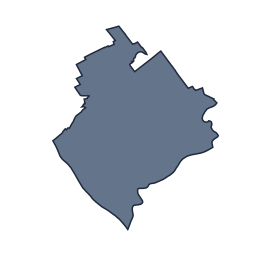 outline of Vadeni, Braila, Romania, rotated 127°
{"feature_id": "2599482B78618154614063", "entity_name": "Vadeni", "entity_type": "district", "adm_level": 2, "iso_a3": "ROU", "parent_name": "Romania", "parent_adm1": "Braila", "projection": "orthographic", "projection_center": [27.924, 45.353], "detail": "fine", "context": "isolated", "style": "filled", "palette": "slate", "viewbox_px": 256, "rotation_deg": 127, "n_neighbors": 0, "source": "geoboundaries", "source_scale": "gbopen_adm2", "svg_char_len": 4808}
<svg xmlns="http://www.w3.org/2000/svg" viewBox="0 0 256 256"><g transform="rotate(127 128 128)"><path d="M108.4,207.4L111.1,201.7L113.8,196.0L119.5,198.9L122.0,192.3L127.4,195.0L128.2,192.9L130.5,186.0L130.4,185.2L130.2,184.6L129.3,183.3L125.7,178.4L125.9,178.2L128.1,178.6L128.7,178.6L129.0,178.3L129.4,178.7L131.3,180.4L131.4,180.2L133.6,177.8L134.5,177.8L134.5,177.0L136.4,177.3L136.4,177.6L137.0,177.5L138.4,177.5L138.9,177.6L137.9,176.4L137.5,175.6L137.4,175.1L137.4,174.0L141.1,175.1L143.4,175.0L147.3,176.1L149.1,176.6L150.4,176.7L153.5,176.2L156.2,175.5L157.7,175.5L163.4,174.7L164.0,176.0L166.5,176.2L166.4,177.6L169.7,177.8L170.1,177.8L171.7,177.5L175.0,178.3L179.5,179.3L183.4,180.3L184.6,177.7L184.8,177.3L185.0,176.9L185.3,175.9L185.9,174.8L186.7,173.2L187.4,172.0L187.9,171.0L188.8,169.6L190.4,166.9L191.1,165.8L191.7,164.2L192.4,161.9L192.6,159.9L192.7,158.3L193.1,153.8L193.7,151.4L193.9,150.5L194.1,149.7L194.3,149.2L195.3,146.6L195.5,146.1L197.1,142.1L198.7,138.5L199.6,136.5L203.0,128.1L203.2,126.9L203.4,125.8L203.9,123.2L204.1,122.0L204.2,120.9L204.4,119.9L204.5,119.5L204.9,116.9L205.2,115.9L205.6,114.9L206.1,112.3L206.2,110.9L206.3,109.5L206.4,109.4L206.4,108.9L206.4,107.0L206.5,106.5L206.5,105.8L206.6,102.4L206.6,101.1L206.0,95.8L205.8,94.0L205.8,90.1L205.8,89.0L205.8,88.0L205.7,85.3L205.8,84.2L206.0,82.1L206.0,80.7L206.1,79.8L206.5,77.6L206.8,76.1L207.0,75.3L207.2,74.4L207.4,73.5L207.8,71.6L208.0,70.8L208.5,69.4L208.7,68.7L208.9,68.1L209.0,67.8L209.2,67.1L208.8,67.2L208.3,67.3L207.2,67.7L206.7,67.8L203.9,68.6L203.2,68.8L200.7,69.6L199.8,69.8L197.8,70.2L196.2,70.6L194.8,71.3L194.0,71.9L192.0,74.2L189.7,76.2L188.8,76.7L187.4,76.9L186.1,76.7L185.2,75.8L182.8,73.3L181.4,72.1L181.2,72.0L180.6,71.7L180.1,71.6L179.7,71.5L179.4,71.5L178.9,71.5L178.5,71.6L178.0,71.9L177.3,72.9L175.7,77.4L175.2,78.7L174.7,80.3L173.5,81.5L172.1,82.8L170.9,83.4L170.0,83.2L168.7,81.7L167.3,79.8L165.1,77.6L163.8,77.0L162.7,76.9L160.4,77.2L159.4,76.8L158.3,76.0L156.9,74.5L154.9,72.9L154.6,72.8L153.7,72.3L153.1,71.9L152.8,71.8L152.2,71.4L151.8,71.2L151.3,70.9L150.8,70.6L150.4,70.4L149.8,70.1L149.4,69.9L149.1,69.7L148.7,69.4L148.4,69.3L148.1,69.2L147.8,69.0L147.7,69.0L147.6,68.9L147.2,68.7L146.8,68.6L146.4,68.4L145.9,68.2L145.5,68.1L145.1,67.9L144.9,67.9L144.6,67.8L144.2,67.6L143.8,67.5L143.5,67.4L143.2,67.3L142.8,67.2L142.7,67.1L142.3,67.0L141.9,66.8L141.6,66.7L141.2,66.5L140.8,66.3L140.3,66.2L139.9,66.0L139.6,66.0L139.2,65.9L138.9,65.8L138.6,65.7L138.2,65.6L137.8,65.5L137.4,65.4L137.0,65.3L136.8,65.3L136.5,65.2L136.0,65.1L135.7,65.1L135.4,65.1L135.2,65.1L134.7,65.0L134.4,65.0L134.1,65.1L133.9,65.1L133.6,65.1L133.0,65.1L132.4,65.2L132.2,65.2L131.6,65.3L131.1,65.4L129.1,65.4L128.1,65.5L127.8,65.5L123.1,66.0L122.8,66.0L119.6,65.6L115.2,64.0L111.5,61.4L104.8,55.3L101.8,53.1L99.2,51.6L97.0,50.6L92.4,48.6L89.5,51.9L87.9,52.8L85.3,52.6L81.4,51.2L79.9,51.2L79.4,52.2L79.1,52.7L79.1,52.9L78.7,54.8L78.9,57.1L79.0,58.0L78.7,59.7L77.7,61.5L77.1,62.4L75.7,62.7L74.2,63.5L73.2,64.9L72.9,65.4L73.1,66.7L73.7,67.9L75.0,68.0L76.1,68.8L76.8,70.0L77.1,71.7L76.7,73.2L75.5,74.6L73.0,75.8L71.9,75.9L69.3,76.3L65.4,76.3L62.9,75.2L59.8,73.1L57.8,72.4L57.0,72.2L56.2,72.1L55.1,72.1L54.5,72.1L54.2,73.8L53.9,75.5L53.9,76.8L53.1,76.9L53.5,78.5L53.5,78.9L53.7,80.0L53.8,80.1L54.1,81.7L54.4,83.3L54.5,83.3L55.2,87.3L55.2,87.5L54.1,89.0L53.4,89.8L51.9,91.7L52.0,91.7L51.6,92.2L51.2,92.7L57.0,96.4L56.9,96.5L56.9,96.9L57.1,97.3L57.1,97.6L57.0,98.3L57.1,99.0L57.0,99.4L56.9,99.5L56.7,99.6L56.6,99.8L56.5,100.3L56.4,100.5L56.3,100.8L56.2,100.9L56.1,101.6L58.0,102.7L59.1,103.3L60.0,103.8L59.4,106.0L57.8,111.6L57.2,113.5L55.5,119.7L54.2,123.5L53.3,125.9L53.1,126.7L52.9,127.4L51.7,131.5L50.8,134.7L49.0,140.7L48.7,141.6L47.5,145.9L46.8,148.1L49.8,148.9L59.2,151.2L59.6,151.3L79.0,156.6L77.2,162.7L76.8,163.9L76.1,165.0L75.5,164.8L75.2,164.7L74.7,164.5L74.5,164.4L74.0,164.2L73.5,164.0L72.9,164.0L72.7,165.0L72.4,164.9L72.3,163.9L72.0,163.9L70.9,163.8L70.1,164.8L69.5,164.9L68.9,165.3L68.6,165.3L67.8,164.7L67.4,164.8L66.3,165.1L65.3,165.6L64.7,165.8L63.6,165.7L62.7,165.7L62.1,165.5L61.0,165.0L60.7,164.9L59.9,164.2L59.6,163.8L59.0,162.9L58.7,161.8L58.8,161.0L58.5,160.1L58.6,159.7L58.6,159.1L58.5,158.8L58.4,158.5L58.3,158.2L58.2,158.0L58.1,157.6L57.9,157.2L56.8,159.2L56.7,159.6L55.8,162.6L55.4,163.9L55.3,164.3L55.2,164.5L55.1,165.0L55.2,165.3L55.5,165.5L53.6,172.1L56.1,173.2L56.5,173.5L58.2,174.8L57.8,176.4L55.5,184.7L55.1,185.8L54.7,186.8L54.8,186.8L54.0,189.6L54.0,189.9L52.2,196.6L57.0,200.2L59.7,202.3L62.3,204.4L62.7,203.1L63.3,200.4L64.0,197.8L64.3,196.7L65.8,190.9L67.9,191.7L69.6,189.5L74.7,192.4L74.4,193.3L77.8,195.0L77.7,195.3L88.7,200.9L90.0,201.6L90.8,202.0L97.7,205.3L98.1,204.4L98.7,202.9L105.6,206.1L107.7,207.1L108.4,207.4Z" fill="#64748b" stroke="#1e293b" stroke-width="1.5"/></g></svg>